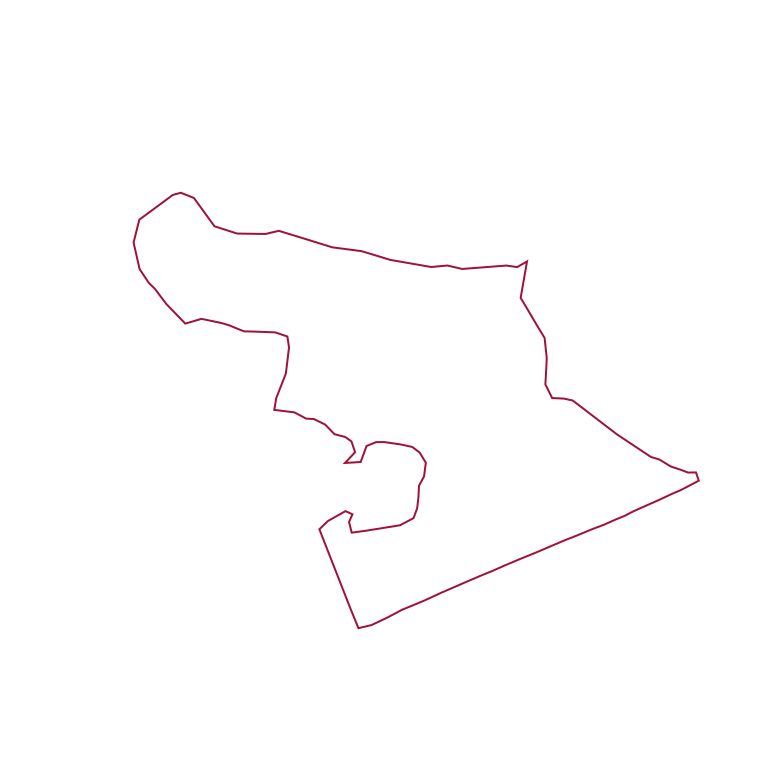 the district of Tramandaí, Rio Grande do Sul, Brazil, rotated 46°
{"feature_id": "56859067B87870608767085", "entity_name": "Tramandaí", "entity_type": "district", "adm_level": 2, "iso_a3": "BRA", "parent_name": "Brazil", "parent_adm1": "Rio Grande do Sul", "projection": "mercator", "projection_center": [-50.215, -30.032], "detail": "fine", "context": "isolated", "style": "outline", "palette": "rose", "viewbox_px": 768, "rotation_deg": 46, "n_neighbors": 0, "source": "geoboundaries", "source_scale": "gbopen_adm2", "svg_char_len": 1472}
<svg xmlns="http://www.w3.org/2000/svg" viewBox="0 0 768 768"><g transform="rotate(46 384 384)"><path d="M541.9,572.0L548.7,560.5L554.5,543.3L558.9,527.9L567.2,507.0L574.3,486.8L583.0,463.6L588.8,448.3L594.3,434.5L598.2,423.7L604.5,407.4L610.9,391.5L616.3,377.3L621.5,363.7L628.1,347.7L633.0,335.2L638.0,323.6L642.8,310.5L645.9,302.8L648.9,292.8L653.7,279.6L658.9,265.4L663.2,252.8L666.4,244.5L672.2,224.7L664.3,221.0L658.9,226.8L651.7,230.2L642.6,235.0L629.8,238.3L621.8,242.7L582.2,251.4L527.0,259.7L519.5,264.7L510.9,272.8L496.4,268.2L487.6,258.7L478.6,249.1L462.5,236.5L447.9,233.2L427.1,228.2L417.0,225.9L395.2,196.0L392.4,207.0L383.8,213.7L355.5,247.9L342.9,256.0L332.6,268.8L299.2,293.2L272.8,307.9L249.7,326.3L200.8,353.2L193.7,365.1L173.8,385.1L152.8,396.4L118.2,391.5L105.3,397.3L101.3,404.6L95.8,445.8L108.3,465.9L131.6,480.0L147.7,482.9L156.3,482.7L175.2,485.0L202.5,485.0L210.3,470.1L226.9,458.8L234.4,454.5L241.4,451.5L248.9,448.1L256.0,441.1L271.3,426.4L282.7,420.5L291.7,426.9L308.3,447.3L319.3,471.3L326.4,480.9L342.1,468.2L354.7,464.1L360.5,458.8L372.3,454.5L385.7,454.5L395.2,448.7L402.7,447.3L413.0,452.2L413.7,466.9L423.9,455.0L416.5,439.6L420.3,430.1L425.9,424.2L438.9,414.1L448.9,407.4L458.2,406.0L469.7,408.6L478.3,419.4L481.5,429.5L489.2,437.7L496.4,446.4L501.0,455.9L496.8,470.5L476.8,499.2L468.5,510.5L459.0,505.0L455.8,497.2L448.7,500.0L443.6,519.5L443.6,531.4L523.1,564.5L541.9,572.0Z" fill="none" stroke="#9f1239" stroke-width="2"/></g></svg>